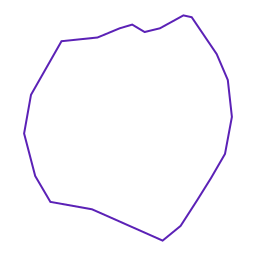 the district of Kasaji, Katanga, Democratic Republic of the Congo
{"feature_id": "63176286B96753486418064", "entity_name": "Kasaji", "entity_type": "district", "adm_level": 2, "iso_a3": "COD", "parent_name": "Democratic Republic of the Congo", "parent_adm1": "Katanga", "projection": "equal_earth", "projection_center": [23.457, -10.361], "detail": "fine", "context": "isolated", "style": "outline", "palette": "violet", "viewbox_px": 256, "rotation_deg": 0, "n_neighbors": 0, "source": "geoboundaries", "source_scale": "gbopen_adm2", "svg_char_len": 384}
<svg xmlns="http://www.w3.org/2000/svg" viewBox="0 0 256 256"><path d="M183.4,15.4L159.9,28.3L144.6,32.0L132.2,24.6L119.7,28.3L97.5,37.5L61.5,41.2L31.0,94.8L24.1,133.5L35.2,176.0L50.4,201.9L92.0,209.3L125.2,224.0L162.6,240.6L180.6,225.9L197.3,200.0L211.1,177.9L225.0,153.9L231.9,116.9L227.8,80.0L216.7,54.1L191.7,17.2L183.4,15.4Z" fill="none" stroke="#5b21b6" stroke-width="2"/></svg>